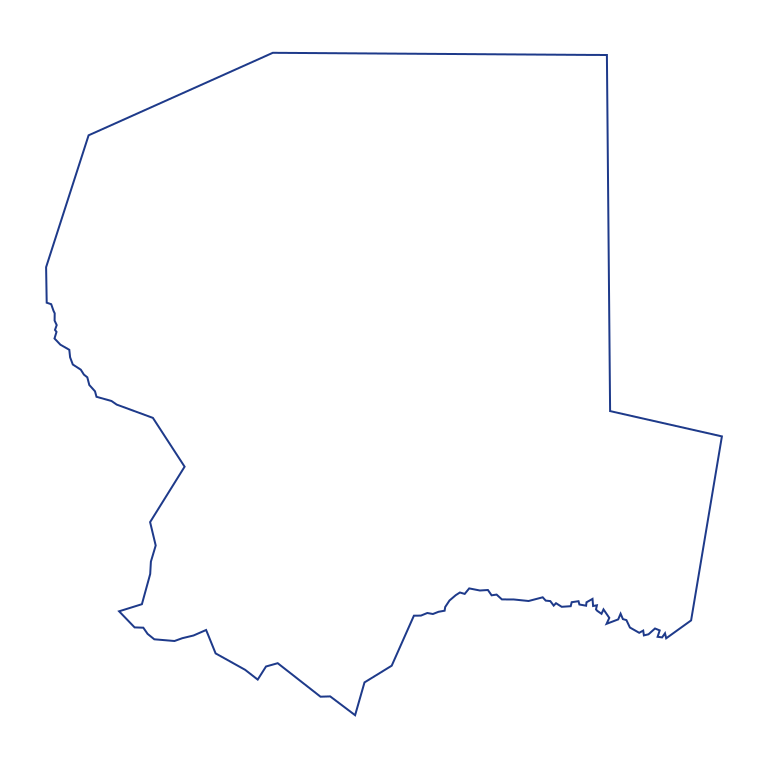 Dei District, Western Highlands, Papua New Guinea
{"feature_id": "67681753B60748012983133", "entity_name": "Dei District", "entity_type": "district", "adm_level": 2, "iso_a3": "PNG", "parent_name": "Papua New Guinea", "parent_adm1": "Western Highlands", "projection": "robinson", "projection_center": [144.353, -5.658], "detail": "fine", "context": "isolated", "style": "outline", "palette": "blue", "viewbox_px": 768, "rotation_deg": 0, "n_neighbors": 0, "source": "geoboundaries", "source_scale": "gbopen_adm2", "svg_char_len": 1447}
<svg xmlns="http://www.w3.org/2000/svg" viewBox="0 0 768 768"><path d="M666.2,638.3L691.1,620.4L721.9,436.4L610.1,411.1L606.9,55.0L585.6,54.9L272.8,52.8L88.6,135.3L46.1,267.2L46.7,302.7L51.2,304.2L53.5,310.8L54.7,313.3L54.6,320.6L56.7,325.1L55.0,329.9L56.5,331.9L54.5,338.5L60.4,344.7L69.3,349.8L70.1,357.3L72.8,364.5L80.8,369.7L83.9,374.6L87.3,377.3L89.3,385.0L95.0,391.3L96.5,396.8L111.5,401.0L116.7,404.6L152.9,417.9L184.6,466.7L150.1,522.1L155.7,545.5L150.9,561.6L150.2,574.0L141.9,604.2L119.1,611.3L134.6,627.4L143.3,627.7L147.6,633.9L154.3,639.3L174.5,641.0L182.3,638.2L193.5,635.5L206.1,630.0L207.8,634.1L215.6,653.4L245.1,669.8L257.7,679.6L266.0,666.5L277.7,663.2L320.5,696.7L330.2,696.4L355.1,715.2L364.5,682.4L391.7,665.7L413.9,615.7L420.9,615.6L427.3,613.0L432.9,614.0L438.5,611.8L444.6,610.7L445.2,607.0L449.5,600.5L455.7,595.2L459.9,592.5L464.7,593.9L469.2,588.4L479.9,590.5L487.9,590.0L491.6,595.3L496.6,594.6L501.9,599.4L514.0,599.5L528.6,601.0L542.7,597.3L545.7,600.6L550.3,601.1L553.7,605.6L556.0,603.2L561.7,606.8L570.7,606.2L571.7,602.2L578.5,601.2L579.4,604.5L586.1,605.7L586.5,602.3L592.5,598.9L593.1,606.0L596.9,605.3L596.0,609.4L597.2,610.8L601.5,613.8L603.5,609.4L609.3,617.9L606.6,623.8L618.2,619.4L620.6,613.7L622.9,619.1L626.4,620.1L629.9,627.5L639.2,632.8L643.2,630.6L643.9,635.4L648.5,634.3L655.0,628.5L659.7,630.4L657.6,636.8L662.1,637.4L665.0,633.3L666.2,638.3Z" fill="none" stroke="#1e3a8a" stroke-width="2"/></svg>